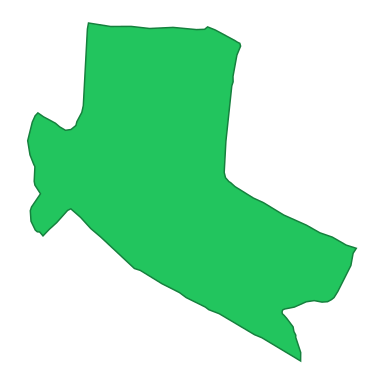 San José Acatempa, Jutiapa, Guatemala (Robinson projection)
{"feature_id": "79465075B89624307194233", "entity_name": "San José Acatempa", "entity_type": "district", "adm_level": 2, "iso_a3": "GTM", "parent_name": "Guatemala", "parent_adm1": "Jutiapa", "projection": "robinson", "projection_center": [-90.143, 14.268], "detail": "fine", "context": "isolated", "style": "filled", "palette": "green", "viewbox_px": 384, "rotation_deg": 0, "n_neighbors": 0, "source": "geoboundaries", "source_scale": "gbopen_adm2", "svg_char_len": 1290}
<svg xmlns="http://www.w3.org/2000/svg" viewBox="0 0 384 384"><path d="M37.9,112.9L35.2,115.7L32.3,122.1L27.7,140.7L30.0,154.9L33.8,164.5L34.9,166.6L34.2,181.3L34.9,185.1L40.5,193.8L31.5,207.0L30.3,210.7L31.0,221.2L35.3,230.1L37.3,231.8L39.7,232.0L43.0,235.9L49.3,229.3L56.6,222.7L67.6,210.4L70.8,208.8L80.6,217.4L90.8,228.6L100.7,237.0L134.4,268.5L140.3,270.4L161.9,283.7L179.5,292.6L186.2,297.6L205.4,307.1L208.8,309.7L219.2,313.7L254.5,334.7L261.8,337.7L300.6,361.0L300.7,352.5L295.7,337.3L295.8,335.2L293.9,331.5L293.1,326.9L286.8,318.5L284.2,315.5L282.4,313.8L282.1,312.6L282.2,311.2L282.8,309.8L284.7,309.0L294.3,307.1L306.2,301.8L314.2,300.6L322.0,302.1L327.6,301.7L331.5,299.6L334.0,297.6L337.8,291.5L350.9,265.5L353.1,253.3L356.3,248.3L346.2,245.1L332.3,237.1L319.9,232.8L306.3,225.1L283.7,215.0L263.7,202.8L253.3,198.0L236.1,187.3L235.0,186.6L230.7,182.7L228.9,181.6L225.5,177.7L224.2,172.4L225.9,141.3L231.8,85.8L233.1,81.9L233.0,76.4L236.9,55.1L240.6,46.1L239.8,43.3L238.5,42.7L237.1,42.0L235.1,40.7L215.1,29.9L207.6,26.9L204.6,29.3L196.5,29.6L173.1,27.4L149.6,28.5L131.1,26.4L110.6,26.5L88.5,23.0L87.4,29.0L83.3,105.7L81.8,112.4L76.9,121.6L75.9,125.5L71.0,129.5L65.5,130.3L59.6,126.8L55.4,123.2L43.5,116.8L37.9,112.9Z" fill="#22c55e" stroke="#15803d" stroke-width="1.5"/></svg>